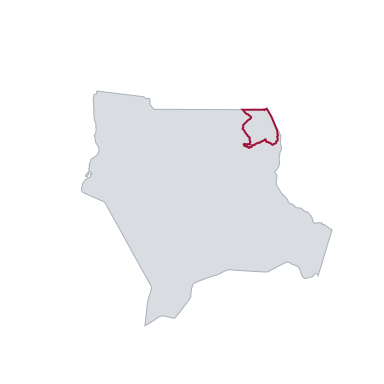 location of Nyanza within Kenya, rotated 151°
{"feature_id": "KEN-1197", "entity_name": "Nyanza", "entity_type": "Province", "adm_level": 1, "iso_a3": "KEN", "parent_name": "Kenya", "parent_adm1": "", "projection": "albers", "projection_center": [34.762, -0.553], "detail": "fine", "context": "in_parent", "style": "outline", "palette": "rose", "viewbox_px": 384, "rotation_deg": 151, "n_neighbors": 0, "source": "natural_earth", "source_scale": "10m", "svg_char_len": 5859}
<svg xmlns="http://www.w3.org/2000/svg" viewBox="0 0 384 384"><g transform="rotate(151 192 192)"><path d="M86.2,228.6L86.1,224.1L86.8,212.6L86.7,202.6L87.2,197.5L89.7,194.3L90.9,192.0L91.7,188.8L93.0,186.1L96.0,184.0L96.5,182.8L99.6,179.2L101.5,174.6L102.9,173.0L104.7,171.6L105.9,170.8L108.0,170.1L109.6,169.6L109.9,169.3L110.0,168.5L109.5,165.6L110.2,164.7L111.3,162.8L112.5,161.0L113.7,159.9L114.3,158.7L114.6,156.7L114.6,155.3L114.6,153.0L114.3,147.7L112.9,143.3L112.1,138.3L112.7,136.7L111.7,133.8L111.2,133.6L110.3,133.0L109.2,130.3L108.4,127.8L107.9,127.2L104.3,125.0L102.6,119.8L100.6,118.7L99.5,113.6L99.3,112.1L100.4,107.1L100.3,105.9L99.1,104.8L95.8,103.7L93.1,101.6L93.4,100.9L93.6,100.1L92.2,99.6L88.0,90.9L93.4,85.7L98.8,80.4L105.7,73.7L112.0,67.6L117.5,62.3L122.4,57.6L122.3,58.5L122.3,59.7L122.9,60.4L123.9,60.9L125.3,60.4L126.5,59.7L127.7,59.5L135.0,61.5L136.3,63.2L136.2,65.0L136.5,66.4L136.0,67.7L135.3,71.8L135.5,75.5L137.7,78.3L139.7,80.5L141.2,83.5L142.4,84.4L144.0,84.9L149.0,85.1L156.5,85.3L163.7,85.5L164.3,85.5L165.9,86.0L172.5,90.1L178.5,93.9L183.6,97.2L188.6,100.4L193.4,103.5L197.2,106.1L200.8,106.9L206.8,107.2L211.0,107.4L214.8,108.5L220.5,109.5L224.8,110.0L227.4,110.6L234.5,111.3L235.7,110.9L238.9,108.1L242.4,103.5L243.8,100.9L248.4,98.4L256.4,94.9L262.1,92.4L268.4,90.0L271.2,92.1L275.1,95.7L276.9,97.4L278.3,98.1L280.4,98.7L283.0,98.7L284.4,98.6L287.3,98.2L294.1,97.8L298.0,97.9L294.7,102.5L290.8,108.0L283.5,118.2L278.0,123.5L273.8,127.6L273.4,128.3L273.4,132.9L273.4,144.0L273.4,166.2L273.3,188.4L273.3,210.7L273.3,221.8L273.3,225.6L276.9,230.3L280.4,234.9L285.0,240.9L287.5,244.2L287.9,245.3L287.8,247.5L283.9,252.0L280.8,254.0L276.5,255.0L275.2,254.8L273.6,254.1L272.9,255.2L272.4,256.9L271.5,256.5L270.8,256.0L271.2,259.1L271.6,260.5L271.0,262.6L268.9,264.3L268.7,265.8L264.2,269.6L257.9,270.0L254.5,272.0L253.1,273.5L251.9,277.0L252.3,282.3L250.5,286.3L250.2,288.4L246.9,291.0L245.4,293.4L244.4,295.9L243.4,297.0L242.3,302.5L240.7,305.9L240.3,307.0L240.0,308.0L238.8,310.0L238.0,311.3L237.4,312.2L233.6,320.8L230.5,324.7L228.2,324.2L226.6,325.7L226.4,326.4L225.6,326.0L223.6,324.6L219.6,321.6L215.6,318.7L211.5,315.8L207.5,312.8L203.5,309.9L199.4,307.0L195.4,304.0L191.3,301.1L189.0,299.4L187.9,298.4L187.1,296.3L186.7,295.8L185.6,295.2L184.4,295.1L184.0,294.7L184.0,293.7L184.5,292.3L186.0,289.6L186.1,288.0L185.8,286.2L185.4,283.4L185.0,282.7L182.3,281.2L176.7,278.1L171.1,274.9L165.4,271.7L159.8,268.6L154.2,265.4L148.6,262.3L142.9,259.1L137.3,256.0L131.7,252.8L126.1,249.7L120.4,246.5L114.8,243.4L109.2,240.2L103.5,237.1L97.9,233.9L92.3,230.8L90.1,229.6L88.2,228.6L86.2,228.6ZM273.5,259.6L272.5,259.8L273.0,258.3L276.0,256.4L277.1,256.9L277.4,257.3L277.3,257.7L276.8,258.1L273.5,259.6Z" fill="#d9dde1" stroke="#a8b0b8" stroke-width="1"/><path d="M107.8,239.4L103.5,237.0L97.8,233.9L92.1,230.7L90.2,229.6L89.2,229.5L88.8,229.3L88.8,228.6L88.4,228.6L86.2,228.6L86.1,223.2L86.0,219.6L86.4,215.8L87.0,210.4L87.5,206.2L87.5,205.2L88.7,202.1L88.8,201.9L89.2,201.2L89.3,201.1L89.3,200.9L89.2,200.3L89.2,200.2L89.3,200.0L89.3,199.9L89.4,199.7L89.7,199.5L90.0,199.3L90.3,199.2L90.8,199.0L90.8,198.9L90.9,198.6L91.0,198.5L91.0,197.7L91.1,197.1L91.2,196.7L91.3,196.5L91.8,196.0L92.5,195.5L92.7,195.4L93.0,195.4L93.4,195.5L93.7,195.4L93.8,195.4L94.0,195.2L94.3,194.6L94.3,194.4L94.5,194.3L94.7,194.2L94.8,194.1L95.1,194.1L95.3,194.0L95.5,194.1L96.9,194.3L97.2,194.4L97.4,194.4L97.5,194.3L97.7,194.2L98.0,194.1L98.3,194.0L98.5,194.1L99.0,194.6L99.1,194.8L99.2,195.0L99.3,195.5L99.3,196.0L99.4,196.3L100.9,197.9L100.9,198.0L100.9,198.5L101.2,198.9L101.6,199.1L102.3,199.5L102.5,199.6L102.5,199.8L102.5,200.0L102.5,200.3L102.5,201.1L102.4,201.4L102.3,201.6L102.2,201.8L102.1,202.0L102.2,202.3L102.3,202.4L102.4,202.5L102.6,202.6L103.0,202.6L103.3,202.5L104.0,202.2L104.5,202.1L105.2,202.3L105.8,202.6L106.0,202.6L106.3,202.6L106.9,202.4L107.1,202.3L107.3,202.3L107.8,202.4L108.2,202.5L108.8,202.3L109.0,202.3L109.3,202.3L109.5,202.5L109.9,202.8L110.1,203.0L110.4,203.1L110.6,203.1L111.0,203.1L111.5,203.1L112.2,203.1L113.4,203.2L113.6,203.2L113.9,203.1L114.0,203.1L114.4,202.9L114.5,202.8L114.8,202.8L115.0,202.8L115.5,203.2L115.7,203.3L115.8,203.3L116.2,203.6L116.3,203.6L116.5,203.7L117.0,203.6L117.3,203.4L117.5,203.0L117.6,202.9L117.8,202.7L118.0,202.6L118.5,202.7L118.9,202.8L119.3,203.1L119.5,203.2L119.9,203.2L120.0,203.1L120.3,202.9L120.5,202.9L120.6,203.0L120.8,203.0L121.0,203.3L121.2,203.7L121.3,204.5L121.5,204.7L122.1,204.9L122.2,205.0L122.3,205.2L122.3,205.5L122.4,205.8L123.6,206.8L123.8,207.0L123.9,207.3L123.8,207.5L123.7,208.4L123.7,208.5L123.3,208.7L123.2,208.7L122.8,208.7L122.7,208.6L122.3,208.3L122.2,208.2L122.1,207.8L122.0,207.7L121.9,207.6L121.5,207.5L121.3,207.5L121.2,207.4L121.0,207.2L120.9,206.8L120.8,206.7L120.7,206.7L120.4,206.6L120.1,206.7L120.0,206.8L119.8,206.8L119.7,206.7L119.3,206.4L119.0,206.2L118.9,206.1L118.6,205.6L118.4,205.5L118.2,205.6L118.1,205.8L117.5,207.0L117.2,207.3L116.8,207.5L116.7,207.5L116.5,207.9L116.4,208.1L116.4,209.3L116.3,209.7L116.3,209.8L116.3,210.0L116.2,210.2L116.0,210.5L115.9,210.6L115.6,210.9L115.5,211.0L115.3,211.3L115.2,211.4L115.2,211.6L115.2,211.9L115.2,212.1L115.3,212.2L115.4,212.6L115.5,212.8L115.6,213.0L116.0,213.6L116.1,213.9L116.0,214.8L116.0,215.3L116.3,215.7L116.3,215.8L116.6,218.8L116.6,219.6L116.4,220.0L116.4,220.3L116.5,220.6L117.0,222.1L117.1,222.4L117.1,222.7L116.9,223.0L116.6,223.2L116.3,223.4L115.9,223.7L115.6,224.0L115.3,224.8L115.2,225.3L115.1,225.5L114.9,225.6L114.6,225.8L107.5,227.8L107.3,227.8L106.3,227.7L106.2,227.7L105.9,227.6L105.7,227.6L105.0,228.0L104.5,228.3L104.1,228.6L103.9,228.8L103.9,229.0L104.0,229.3L104.4,230.1L104.5,230.3L104.5,230.6L104.6,230.8L104.7,231.1L105.1,231.6L105.4,232.9L105.6,233.1L106.2,233.5L106.6,234.2L106.8,234.7L107.7,239.1L107.8,239.4Z" fill="none" stroke="#9f1239" stroke-width="2"/></g></svg>